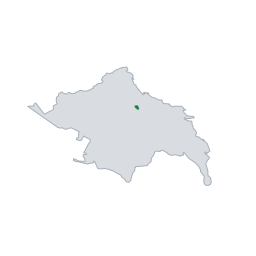 San Antonio, Tolima, Colombia shown in context, rotated 117°
{"feature_id": "7082276B18845441418980", "entity_name": "San Antonio", "entity_type": "district", "adm_level": 2, "iso_a3": "COL", "parent_name": "Colombia", "parent_adm1": "Tolima", "projection": "equal_earth", "projection_center": [-75.469, 3.975], "detail": "fine", "context": "in_parent", "style": "filled", "palette": "green", "viewbox_px": 256, "rotation_deg": 117, "n_neighbors": 0, "source": "geoboundaries", "source_scale": "gbopen_adm2", "svg_char_len": 4249}
<svg xmlns="http://www.w3.org/2000/svg" viewBox="0 0 256 256"><g transform="rotate(117 128 128)"><path d="M142.1,35.7L140.2,36.7L136.5,38.0L134.0,43.5L132.2,44.5L130.1,47.8L128.5,51.9L127.4,60.2L124.2,67.2L124.5,67.5L125.7,67.2L126.9,66.4L127.3,66.7L127.8,67.9L129.2,68.2L130.4,73.9L132.6,76.8L132.8,78.0L133.1,80.3L132.3,81.8L132.1,87.0L132.8,88.3L134.5,88.8L135.6,92.1L136.2,92.8L137.3,93.3L139.6,92.8L144.0,93.4L145.0,93.3L147.4,92.2L150.5,93.5L152.8,93.8L159.0,103.6L159.7,103.3L160.4,103.9L162.0,102.9L163.4,102.7L165.1,103.2L167.5,103.2L172.2,102.2L172.9,101.7L175.4,102.2L176.2,103.0L176.6,104.8L176.3,105.9L175.4,107.1L174.9,108.6L174.8,110.3L174.4,111.7L173.5,112.5L173.2,113.8L173.4,115.4L173.0,122.9L173.4,123.5L173.6,126.5L174.7,130.5L175.3,131.7L176.2,132.6L177.8,135.9L177.5,137.0L173.2,142.1L173.0,143.3L173.8,142.8L175.1,143.3L175.6,144.5L178.8,148.1L178.7,149.4L179.6,152.1L179.5,152.7L181.7,160.4L181.7,162.0L179.9,162.4L179.8,157.3L179.6,156.3L177.5,151.7L177.1,151.3L175.7,151.9L173.4,155.2L172.4,155.7L171.5,155.2L170.6,153.2L170.1,152.9L169.5,154.6L170.2,156.1L160.1,156.0L158.1,155.4L155.4,156.2L155.4,163.9L160.2,164.0L161.5,166.3L161.4,168.1L161.6,168.7L160.5,169.1L158.8,167.9L155.8,169.3L153.6,169.7L153.5,178.2L154.8,180.3L157.3,182.6L157.7,184.2L157.5,185.7L158.1,187.5L159.0,188.5L159.0,189.6L159.4,190.8L154.3,227.0L152.6,224.8L151.9,222.8L151.1,222.0L149.4,222.6L147.6,221.6L153.4,209.3L153.2,208.2L148.4,205.2L147.9,204.5L145.5,202.9L144.2,203.3L143.5,204.1L141.7,204.4L140.3,203.1L138.6,202.2L136.5,204.3L135.9,204.3L134.5,205.2L132.9,205.5L130.9,204.6L129.2,205.2L128.1,205.1L127.6,204.4L126.2,203.7L126.0,202.9L126.4,201.4L125.8,198.4L125.6,197.9L124.5,197.8L123.2,196.7L122.9,196.1L123.2,194.9L122.9,193.8L121.7,191.4L119.9,190.8L118.2,188.8L116.5,188.1L115.8,186.7L115.0,183.5L113.3,181.0L112.0,180.1L111.6,178.9L110.4,178.8L108.6,177.2L107.9,177.1L107.4,177.8L105.8,177.0L104.4,175.8L103.0,175.5L102.1,174.8L100.4,172.4L98.6,171.3L97.6,171.7L97.2,173.4L96.6,173.8L94.6,173.3L94.2,173.7L93.7,173.6L91.2,172.3L88.7,171.9L88.0,169.0L86.4,167.9L86.0,166.6L84.8,166.7L80.6,164.1L78.8,162.3L77.3,161.3L75.7,159.2L75.5,158.4L74.3,157.2L74.9,155.7L76.3,154.5L78.2,155.4L78.5,153.6L77.8,152.1L78.1,148.5L78.6,147.7L79.6,147.0L80.3,147.2L80.7,146.6L82.3,146.9L82.7,146.7L83.9,145.2L84.4,144.1L85.0,144.2L86.3,142.3L86.0,140.3L87.2,139.9L88.5,136.7L89.0,136.7L89.3,135.2L91.5,129.9L90.7,130.5L89.9,130.2L90.0,128.4L89.7,128.2L89.0,129.6L88.4,128.2L88.6,125.9L87.6,126.4L87.6,125.8L89.1,124.2L89.7,120.3L89.2,118.9L88.9,113.1L88.7,112.0L87.5,110.6L89.3,109.0L90.0,107.7L89.2,105.2L88.1,103.0L88.0,101.7L88.7,101.8L89.0,98.3L88.3,96.9L87.6,96.9L85.1,91.6L84.3,90.5L84.9,88.0L85.7,86.8L85.5,84.9L86.0,85.0L87.1,86.8L87.5,86.5L89.1,84.8L89.2,83.3L90.5,81.7L88.7,76.3L88.0,75.4L88.8,73.7L89.2,73.8L89.9,75.5L91.1,76.6L92.8,79.6L93.5,80.3L93.0,81.0L92.9,81.7L93.1,82.1L94.1,82.2L94.5,81.3L94.2,77.7L93.8,75.8L92.9,74.6L93.2,74.0L95.0,73.1L98.6,69.6L99.9,66.4L100.8,65.2L101.9,64.4L103.2,64.6L104.2,64.2L104.5,63.1L103.9,60.9L104.6,57.8L104.6,56.2L105.1,55.2L104.9,54.9L103.6,56.0L105.0,53.8L105.9,50.4L111.2,44.6L114.6,46.0L115.7,45.9L114.3,46.6L114.1,47.5L114.6,48.4L115.1,48.6L115.5,48.1L116.7,44.6L116.8,42.7L117.3,42.1L118.1,41.8L121.4,42.6L124.6,42.4L129.8,37.5L133.7,35.4L134.6,33.3L134.9,31.8L135.6,31.2L136.3,31.3L136.8,30.4L138.6,29.1L140.5,29.0L142.5,30.1L143.5,32.1L143.6,33.5L142.1,35.7ZM82.3,146.3L82.1,146.5L81.6,146.1L81.5,145.5L81.8,145.0L82.1,145.2L82.3,146.3Z" fill="#d9dde1" stroke="#a8b0b8" stroke-width="1"/><path d="M104.3,129.7L104.4,129.8L104.5,129.8L104.5,130.0L104.7,130.3L104.8,130.4L104.8,130.5L105.0,130.6L105.3,130.7L105.3,130.8L105.5,130.8L105.5,130.7L105.5,130.8L105.6,130.7L105.6,130.8L105.8,130.9L105.9,130.7L106.0,130.4L105.9,130.4L106.0,130.3L106.0,130.2L106.0,129.9L106.0,129.7L106.1,129.4L106.0,129.2L106.0,128.9L106.2,128.7L106.1,128.4L106.3,128.2L106.4,127.9L106.4,127.7L106.2,127.5L105.9,127.6L105.8,127.8L105.8,128.0L106.0,128.2L105.9,128.2L105.8,128.3L105.7,128.3L105.7,128.5L105.4,128.8L105.4,128.7L105.4,128.8L105.3,128.7L105.2,128.8L105.1,129.0L104.9,129.1L104.7,129.0L104.5,129.3L104.4,129.3L104.3,129.5L104.3,129.7Z" fill="#22c55e" stroke="#15803d" stroke-width="1.5"/></g></svg>